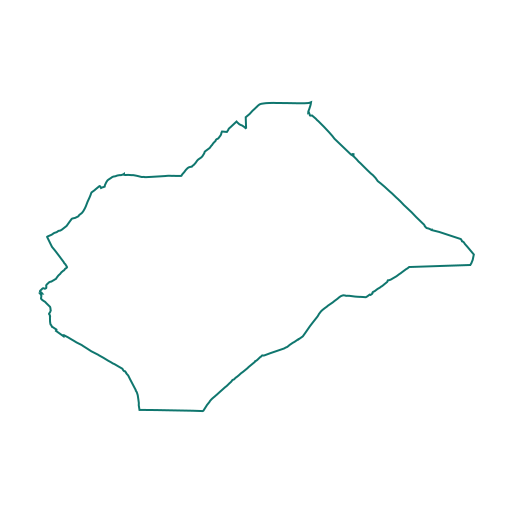 outline of Carlogani, Olt, Romania, rotated 267°
{"feature_id": "2599482B86259976977107", "entity_name": "Carlogani", "entity_type": "district", "adm_level": 2, "iso_a3": "ROU", "parent_name": "Romania", "parent_adm1": "Olt", "projection": "orthographic", "projection_center": [24.165, 44.511], "detail": "fine", "context": "isolated", "style": "outline", "palette": "teal", "viewbox_px": 512, "rotation_deg": 267, "n_neighbors": 0, "source": "geoboundaries", "source_scale": "gbopen_adm2", "svg_char_len": 5958}
<svg xmlns="http://www.w3.org/2000/svg" viewBox="0 0 512 512"><g transform="rotate(267 256 256)"><path d="M398.2,257.1L395.1,253.0L384.5,252.8L384.2,252.3L385.2,251.4L387.1,248.9L387.5,247.9L388.4,246.3L390.5,244.2L391.3,243.6L385.9,237.2L385.0,236.0L384.4,235.4L383.1,234.7L381.4,233.4L382.1,228.6L381.4,228.2L380.8,227.9L380.2,227.8L378.9,227.3L378.0,226.7L376.0,225.0L375.4,224.5L375.1,223.9L374.7,222.8L374.3,222.3L373.8,221.9L372.9,221.5L371.7,220.1L370.7,219.1L369.0,217.8L368.4,217.1L366.4,215.5L365.7,214.5L364.2,212.2L363.2,210.7L362.7,210.2L362.2,210.0L361.3,209.7L358.7,207.9L358.0,207.3L357.1,206.2L355.4,203.4L354.4,202.3L352.1,200.5L350.2,198.6L349.9,198.1L349.1,197.0L348.7,196.8L348.5,196.1L348.4,194.9L348.0,193.4L347.4,192.4L346.8,191.7L345.7,190.5L344.5,189.5L343.5,188.7L341.6,186.8L340.8,186.2L340.0,185.7L339.9,184.7L340.0,183.3L340.1,180.8L340.4,177.5L340.4,176.5L340.7,173.2L340.7,171.4L340.6,169.3L340.5,156.5L340.5,150.4L340.6,148.9L340.7,148.7L340.8,148.4L340.9,145.9L342.2,141.6L342.6,140.1L343.2,137.6L343.3,135.7L343.7,132.5L343.7,130.4L343.7,129.7L344.0,128.5L344.9,128.5L344.7,128.2L344.3,127.3L343.9,125.8L343.8,125.2L343.9,124.3L343.7,122.2L343.4,120.9L343.1,120.2L342.9,119.1L342.8,117.9L342.4,116.6L341.9,115.9L339.9,112.5L339.2,111.6L337.4,110.3L334.6,108.8L333.2,108.5L332.9,107.5L332.7,106.9L332.6,106.2L332.0,104.8L333.6,104.1L334.0,103.6L333.9,103.2L330.8,99.0L330.2,98.3L328.1,95.1L327.4,94.7L325.4,93.9L323.3,92.9L318.9,90.6L314.4,88.6L312.2,87.4L309.7,85.8L308.2,84.5L307.1,83.0L306.6,82.2L306.3,81.8L305.9,81.4L305.1,80.8L304.8,80.4L303.5,77.3L303.1,74.9L302.9,74.2L302.6,73.8L299.8,71.5L295.9,68.4L292.4,63.4L291.7,62.0L291.6,61.7L291.5,60.6L291.4,60.0L290.4,58.5L290.1,57.7L289.7,56.1L289.5,55.6L289.1,54.8L288.5,54.0L287.9,52.9L286.4,48.9L286.3,48.7L286.0,48.4L278.2,51.7L275.7,52.8L272.2,55.4L267.4,58.7L259.9,63.7L259.3,63.9L258.6,64.4L257.7,65.2L255.1,66.6L254.7,66.7L254.4,66.5L254.0,66.1L253.7,65.7L253.4,65.0L253.2,64.7L251.9,63.7L251.6,63.3L251.3,62.6L250.5,61.7L250.2,61.1L249.6,60.5L248.6,59.7L248.3,59.4L247.2,58.0L246.4,57.2L245.4,56.4L244.9,55.9L244.1,55.4L243.8,55.2L243.5,54.8L243.0,53.7L242.4,52.7L241.9,51.6L241.5,50.9L241.2,50.4L241.0,49.1L240.7,48.2L240.2,47.6L238.8,45.9L237.8,45.0L237.3,44.9L236.7,45.0L235.3,44.9L235.0,44.8L234.8,44.5L234.4,43.7L234.4,43.2L234.9,42.2L234.9,41.6L234.8,41.3L234.3,40.6L233.7,40.0L233.1,39.2L232.7,38.8L232.2,38.4L231.8,38.4L231.5,38.7L231.0,39.4L230.7,39.8L229.6,40.6L229.7,38.5L229.2,38.9L227.5,39.6L225.0,39.1L224.8,39.1L224.5,39.2L223.3,40.2L222.0,41.9L221.4,42.8L220.9,43.3L219.9,44.1L216.1,47.6L215.6,47.8L214.4,48.0L213.1,48.0L212.6,48.2L211.2,47.7L210.2,47.1L209.4,46.4L208.9,46.3L207.9,46.9L207.4,47.1L206.8,47.0L206.5,47.2L205.0,47.0L201.3,46.9L199.0,47.1L198.3,47.3L197.6,47.9L195.9,48.6L195.8,49.0L192.9,52.9L192.7,52.9L191.7,52.3L185.9,59.6L187.0,59.7L187.0,60.0L186.5,60.8L184.7,63.9L182.6,67.0L180.9,69.6L179.1,72.2L176.2,77.3L175.4,78.3L174.9,79.0L172.2,82.8L169.5,86.5L165.7,93.1L164.9,94.2L162.4,98.2L159.1,103.0L157.7,105.3L156.1,107.6L155.5,108.9L152.8,113.0L150.6,116.4L150.2,116.8L148.9,117.4L148.3,117.9L147.9,118.3L147.8,119.1L146.9,119.7L146.6,120.0L146.4,120.2L145.8,120.2L144.7,121.0L143.8,121.8L143.2,122.2L139.5,123.8L128.4,128.9L127.8,128.9L126.5,129.7L125.2,130.1L123.2,130.6L119.1,131.0L115.3,131.3L113.1,131.1L108.4,131.6L107.4,147.9L104.8,184.6L104.0,193.8L103.9,194.3L104.2,195.3L108.8,198.6L109.7,199.2L112.7,201.9L113.4,202.3L114.8,203.6L115.8,204.7L117.2,206.5L117.9,207.5L118.6,208.3L119.4,209.4L122.1,212.7L126.6,218.3L127.6,219.8L129.6,222.1L130.1,222.6L130.8,223.5L131.9,224.8L133.4,226.0L133.6,226.5L133.8,227.3L134.1,227.8L134.9,228.6L135.7,229.6L136.5,230.9L138.0,232.9L139.6,234.8L141.1,237.1L144.4,241.6L145.5,242.8L147.5,245.5L150.3,249.3L151.0,249.6L151.1,249.8L151.3,250.6L152.2,251.9L154.9,255.0L155.4,256.0L156.1,256.5L156.3,256.8L156.4,257.3L156.2,258.1L156.3,259.1L156.5,259.8L158.2,265.2L160.3,272.6L162.2,279.3L163.0,280.8L163.5,282.3L163.7,282.6L164.1,283.2L165.4,284.9L167.4,288.2L168.2,289.9L170.6,293.8L170.4,293.9L173.2,298.4L173.5,298.7L176.5,301.1L183.1,306.2L186.6,309.2L192.4,314.3L194.0,315.4L194.6,315.7L197.3,318.0L198.6,319.5L200.3,321.9L201.7,324.1L202.6,325.2L205.7,330.3L206.9,331.9L209.0,335.1L210.4,336.9L210.9,337.7L211.4,338.5L211.9,339.9L212.2,341.1L211.9,342.9L211.5,343.9L211.5,345.4L211.4,346.9L210.3,352.8L209.9,356.0L209.6,359.5L209.1,363.3L209.2,363.8L209.9,365.1L211.5,367.5L211.1,368.3L212.1,369.9L212.7,370.4L213.4,370.4L214.0,371.0L214.7,372.7L216.9,375.9L217.0,376.2L218.1,378.3L218.8,379.2L219.2,380.1L220.3,381.7L221.1,382.7L221.8,383.7L223.2,385.6L223.6,385.9L224.5,386.2L224.8,386.4L224.8,387.0L225.0,388.1L225.3,389.1L225.6,389.8L226.3,391.1L228.4,395.2L230.5,398.3L231.2,399.6L231.6,400.1L234.4,404.3L235.0,405.2L235.7,406.6L237.0,408.4L235.8,469.5L237.4,470.6L240.8,472.2L246.1,473.6L253.7,467.9L257.1,465.2L258.7,464.3L259.5,463.4L259.9,462.5L260.5,462.4L262.2,461.4L270.4,440.3L272.7,432.8L273.1,432.9L273.1,432.6L273.2,432.2L274.4,429.8L274.7,428.8L275.0,427.8L276.9,426.1L277.3,426.1L277.6,426.0L278.4,425.5L279.0,425.0L279.2,424.9L279.6,424.4L286.7,417.8L291.5,413.7L299.2,406.3L303.3,402.8L304.4,401.7L304.8,401.4L307.1,399.1L311.3,395.2L313.7,392.7L318.5,388.0L322.0,384.3L324.4,381.5L327.6,379.5L330.6,377.0L332.4,375.0L335.8,371.8L340.1,367.9L343.0,365.3L345.0,363.3L347.2,361.6L349.9,359.2L350.4,358.6L352.6,358.7L352.7,357.8L351.4,357.6L352.4,356.1L369.0,340.5L371.9,338.5L375.7,335.5L381.5,330.6L387.4,325.3L388.4,324.2L390.0,322.9L393.4,319.3L393.3,318.6L393.4,317.4L393.6,317.2L397.0,316.2L396.6,315.7L397.5,315.8L399.8,316.8L402.6,317.9L404.4,318.5L406.7,319.0L406.3,317.8L406.1,317.1L406.0,315.7L406.0,312.7L406.2,308.2L406.2,307.7L407.2,293.4L407.7,284.7L408.0,281.2L408.1,276.7L408.1,275.9L408.1,273.7L407.9,271.2L407.7,269.2L407.2,267.5L406.1,265.9L402.9,262.2L401.2,260.1L398.2,257.1Z" fill="none" stroke="#0f766e" stroke-width="2"/></g></svg>